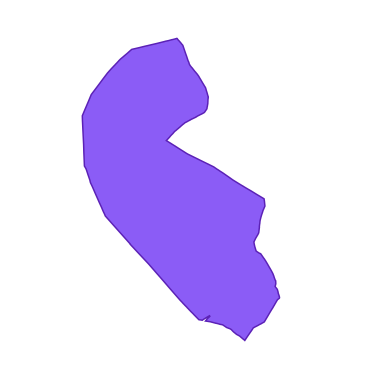 outline of Rozendaal, Gelderland, Netherlands, rotated 322°
{"feature_id": "6326949B60180750903375", "entity_name": "Rozendaal", "entity_type": "district", "adm_level": 2, "iso_a3": "NLD", "parent_name": "Netherlands", "parent_adm1": "Gelderland", "projection": "albers", "projection_center": [5.979, 52.039], "detail": "fine", "context": "isolated", "style": "filled", "palette": "violet", "viewbox_px": 384, "rotation_deg": 322, "n_neighbors": 0, "source": "geoboundaries", "source_scale": "gbopen_adm2", "svg_char_len": 5820}
<svg xmlns="http://www.w3.org/2000/svg" viewBox="0 0 384 384"><g transform="rotate(322 192 192)"><path d="M152.5,64.4L149.7,68.2L146.1,73.3L141.0,80.5L135.8,87.9L131.1,94.3L123.2,105.3L122.8,108.3L122.2,110.2L121.4,112.4L120.7,114.3L119.4,118.1L118.6,120.3L118.3,120.8L117.7,122.2L116.8,126.3L114.8,134.0L114.0,137.2L113.3,140.0L112.7,142.3L112.1,144.8L111.2,148.6L110.4,151.5L109.9,153.5L109.7,154.5L109.6,155.0L108.9,157.6L111.3,194.9L111.3,195.0L111.1,195.1L112.1,206.5L113.5,222.0L114.2,235.6L114.7,244.4L115.1,253.1L115.5,260.7L116.0,269.8L116.2,271.7L116.3,272.3L116.3,273.0L116.4,274.0L116.4,274.6L116.5,275.2L116.6,275.8L116.6,276.4L117.0,279.7L117.0,280.1L117.0,280.5L117.1,281.2L117.2,281.9L117.2,282.4L117.3,283.3L117.4,284.2L117.5,285.4L117.6,286.2L117.8,287.7L117.9,288.4L118.0,289.8L118.8,296.9L120.5,298.6L121.1,299.4L122.2,299.4L127.7,300.0L129.6,300.3L129.5,301.0L126.1,301.3L123.2,302.0L123.8,302.6L125.0,303.9L126.6,305.6L127.1,306.3L128.1,307.6L129.9,310.0L130.8,311.0L132.2,312.9L132.5,313.4L134.3,315.4L134.7,316.5L135.3,318.3L135.8,320.0L136.3,320.8L137.0,322.0L137.7,323.1L138.1,324.1L138.3,324.7L138.3,325.0L138.4,326.0L138.5,327.1L138.6,327.7L138.7,328.3L139.2,330.4L139.4,331.4L139.4,331.5L139.9,332.6L140.4,333.8L140.8,334.6L141.1,336.1L141.4,337.7L141.7,339.0L141.7,339.4L142.0,340.2L142.1,341.0L142.2,341.5L144.6,340.7L147.6,339.7L154.1,337.7L156.7,336.8L157.8,337.0L159.0,337.2L160.5,337.5L161.5,337.7L163.7,338.0L164.5,338.2L165.3,338.4L165.8,338.4L165.7,338.4L169.0,338.9L170.0,338.5L173.1,337.3L180.2,334.5L181.8,333.9L182.0,333.8L182.9,333.5L183.2,333.4L184.6,332.9L185.3,332.6L185.9,332.3L186.3,332.2L187.1,331.9L188.0,331.5L188.5,331.3L192.0,329.9L192.6,329.7L193.1,329.5L193.3,329.5L193.7,329.5L193.8,329.5L194.2,329.5L195.4,329.5L195.9,329.2L196.3,328.4L196.5,328.1L196.5,327.9L196.7,327.6L197.0,326.8L197.2,326.1L197.4,325.7L197.6,324.9L197.8,324.6L198.3,323.7L198.7,322.7L199.3,321.2L199.3,320.0L199.3,319.0L199.3,317.7L201.2,316.2L201.3,316.1L201.5,316.0L201.9,315.4L202.2,315.0L203.2,313.6L203.3,313.4L203.3,312.8L203.3,312.7L203.9,310.8L204.4,309.3L204.6,309.0L205.5,306.0L205.8,304.4L206.3,301.2L206.7,298.2L207.2,294.8L207.5,292.3L207.6,291.6L207.7,290.2L207.8,289.4L207.8,288.1L208.0,284.9L208.1,282.8L207.6,282.1L207.4,281.8L207.2,281.0L207.0,280.6L206.7,279.6L206.5,279.2L206.4,278.6L206.2,278.2L206.5,277.2L207.9,273.6L209.2,270.9L210.1,269.4L210.4,269.3L212.6,268.2L213.6,267.7L214.9,267.2L217.4,266.2L217.5,266.2L218.1,265.9L218.5,265.7L218.8,265.6L219.1,265.4L219.3,265.3L219.8,264.9L220.0,264.7L221.1,263.6L221.8,262.9L222.7,262.0L223.1,261.6L223.4,261.3L223.6,261.0L224.1,260.4L224.8,259.7L225.5,259.0L226.4,258.2L226.6,257.9L227.9,256.6L228.1,256.4L231.2,254.0L233.2,252.6L235.5,251.1L236.4,250.4L237.9,249.6L240.8,248.0L243.5,243.7L244.6,241.7L242.6,236.5L241.8,234.5L239.8,229.1L237.0,222.0L234.4,215.2L231.7,207.9L228.1,196.1L226.9,192.7L226.2,190.5L225.7,189.2L224.6,185.6L224.4,185.2L223.2,182.7L219.8,175.7L218.2,172.4L214.3,164.3L211.9,159.3L211.0,156.9L208.5,149.8L205.4,141.1L203.4,135.7L208.4,134.9L209.1,134.7L210.3,134.5L210.8,134.4L212.7,134.2L214.6,133.8L215.1,133.7L215.7,133.6L216.0,133.6L216.3,133.6L216.8,133.6L217.8,133.6L218.8,133.5L220.0,133.5L221.4,133.4L222.5,133.4L223.6,133.3L224.6,133.2L225.3,133.2L226.5,133.1L226.8,133.1L227.1,133.2L228.4,133.1L228.8,133.1L229.0,133.1L229.8,133.2L230.1,133.3L231.2,133.5L232.3,133.7L232.6,133.7L232.9,133.7L233.6,133.9L234.1,134.0L234.4,134.0L234.6,134.1L234.8,134.0L235.2,134.2L235.5,134.2L235.9,134.2L236.2,134.3L236.4,134.3L236.6,134.4L236.9,134.4L237.1,134.5L237.9,134.7L238.1,134.7L238.5,134.8L239.3,135.0L239.8,135.1L240.6,135.3L240.8,135.3L241.2,135.3L241.4,135.4L241.6,135.4L241.7,135.5L241.9,135.5L242.1,135.5L242.4,135.5L242.9,135.5L243.4,135.6L243.7,135.7L244.1,135.7L244.7,135.9L245.5,136.0L246.8,136.3L248.2,136.6L249.0,136.7L249.5,136.8L250.2,136.9L250.5,136.9L250.9,136.9L251.3,136.8L252.8,136.3L254.5,135.8L254.7,135.7L254.9,135.6L255.1,135.5L255.3,135.3L255.4,135.2L256.1,134.5L256.9,133.9L257.7,133.1L258.4,132.5L258.7,132.3L258.9,132.0L259.2,131.7L259.5,131.3L259.8,131.0L261.4,129.1L261.9,128.6L262.4,128.1L262.6,127.9L262.8,127.7L263.0,127.5L263.0,127.4L263.3,127.0L263.5,126.8L263.6,126.6L263.7,126.2L263.8,125.8L264.0,125.4L264.1,125.2L264.2,124.8L264.3,124.6L264.4,124.4L264.5,124.2L264.7,123.7L265.0,123.0L265.1,122.6L265.2,122.4L265.6,121.4L265.7,121.0L265.8,120.8L266.4,119.4L266.5,119.1L266.7,118.7L266.8,118.4L266.9,117.8L267.0,117.3L267.1,115.9L267.2,115.3L267.3,114.7L267.4,113.7L267.5,112.9L267.5,112.6L267.7,111.6L267.7,111.2L267.8,110.4L267.9,110.0L267.9,109.6L268.0,109.2L268.1,108.4L268.1,108.2L268.3,106.7L268.3,106.3L268.4,105.9L268.5,105.6L268.5,105.4L268.5,105.2L268.6,104.5L268.6,104.2L268.6,103.9L268.6,103.6L268.6,103.3L268.6,103.1L268.7,102.9L268.7,102.4L268.6,101.4L268.6,100.8L268.6,100.3L268.6,100.0L268.6,99.6L268.5,99.2L268.5,98.6L268.5,97.3L268.5,97.1L268.5,96.2L268.5,95.2L268.5,94.7L268.5,94.1L268.4,93.4L268.4,92.7L268.4,92.3L268.4,91.9L268.4,91.6L268.4,91.3L268.4,90.8L268.4,90.7L268.5,90.5L268.5,90.4L268.6,90.2L268.6,89.9L268.6,89.7L268.7,89.4L268.8,89.1L269.2,88.2L269.4,87.7L269.7,86.2L271.5,81.2L272.0,79.6L275.1,70.7L275.0,69.5L275.0,67.9L275.0,67.0L275.0,66.9L274.9,66.2L274.9,65.4L274.7,63.2L274.8,61.9L274.6,61.6L274.0,61.4L272.3,60.7L270.5,59.9L270.2,59.7L266.6,58.2L263.8,56.8L263.0,56.5L256.2,53.5L250.6,50.9L247.5,49.5L245.2,48.4L243.0,47.4L240.1,46.1L239.6,45.9L232.3,42.5L230.2,42.6L225.7,42.9L222.7,43.0L220.5,43.1L217.5,43.2L216.8,43.3L215.1,43.5L214.9,43.6L212.3,44.0L212.0,44.1L210.8,44.2L208.6,44.6L208.0,44.6L207.6,44.7L203.5,45.3L202.2,45.6L201.3,45.7L200.5,45.9L198.7,46.2L196.8,46.7L191.5,48.1L183.5,50.3L172.6,53.2L166.4,56.7L158.4,61.1L156.6,62.1L152.5,64.4Z" fill="#8b5cf6" stroke="#5b21b6" stroke-width="1.5"/></g></svg>